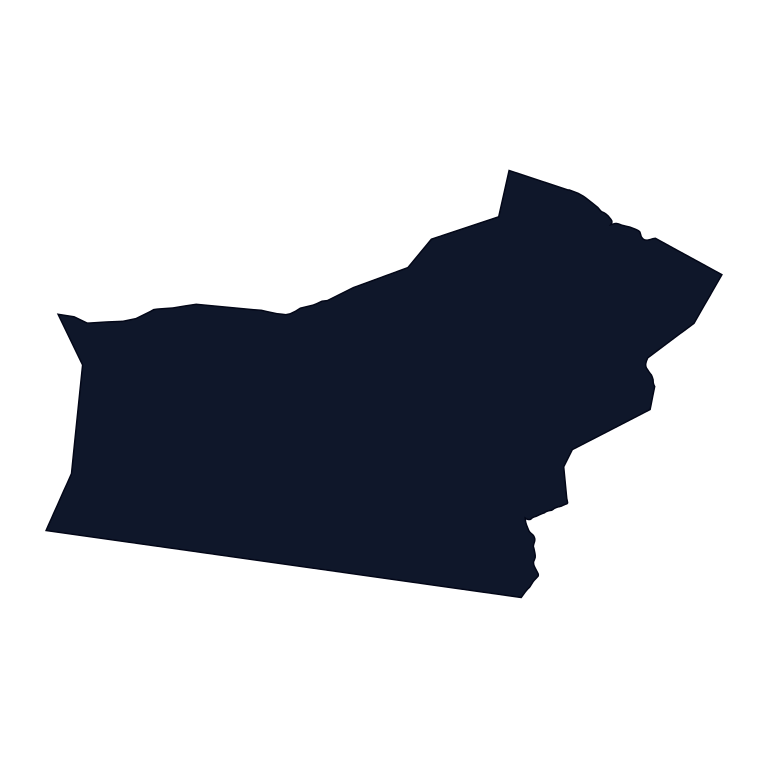 Santmargac, Dzavhan, Mongolia
{"feature_id": "93677404B94621448134169", "entity_name": "Santmargac", "entity_type": "district", "adm_level": 2, "iso_a3": "MNG", "parent_name": "Mongolia", "parent_adm1": "Dzavhan", "projection": "equal_earth", "projection_center": [95.33, 48.6], "detail": "fine", "context": "isolated", "style": "filled", "palette": "ink", "viewbox_px": 768, "rotation_deg": 0, "n_neighbors": 0, "source": "geoboundaries", "source_scale": "gbopen_adm2", "svg_char_len": 3031}
<svg xmlns="http://www.w3.org/2000/svg" viewBox="0 0 768 768"><path d="M721.9,274.7L713.3,270.0L706.2,266.1L678.7,251.1L678.1,250.8L655.4,238.3L653.4,238.6L652.2,238.9L650.5,239.5L649.5,239.7L648.3,240.0L647.2,240.2L645.7,240.1L644.4,239.8L643.1,239.0L642.2,238.0L641.2,236.6L640.6,234.4L640.2,233.1L639.9,232.1L639.5,231.6L638.7,230.9L637.5,230.2L635.6,229.3L632.5,228.1L629.9,227.1L625.5,226.1L623.2,225.5L621.8,225.2L619.6,224.3L618.4,223.9L616.6,223.5L615.5,223.5L614.7,223.6L610.6,224.8L611.5,223.4L611.8,222.7L611.9,222.0L611.9,221.5L611.8,220.9L610.9,219.4L608.1,215.9L605.8,213.9L603.9,212.7L602.5,212.1L601.6,211.7L600.5,210.7L597.8,207.5L595.1,205.3L593.1,203.7L588.8,200.3L585.6,197.8L583.3,196.2L580.8,194.8L578.1,193.3L573.9,191.7L569.4,190.0L568.8,189.9L568.3,190.1L509.1,170.5L498.7,216.8L431.4,239.2L407.9,267.6L353.4,287.6L327.4,300.6L322.0,301.2L316.7,303.7L313.2,305.1L300.3,308.2L295.6,311.2L290.2,313.8L285.8,314.7L281.9,314.2L276.9,313.7L267.0,311.6L261.4,310.3L253.3,309.7L196.2,304.3L185.5,305.9L172.8,308.0L164.0,308.6L157.4,309.1L153.7,309.6L150.4,311.5L143.5,314.9L136.0,318.6L123.0,321.3L106.2,322.0L88.7,323.1L87.2,323.1L74.1,316.8L58.1,314.3L81.5,362.7L81.8,363.2L82.6,365.0L74.6,442.9L73.3,455.7L71.5,473.6L67.3,483.1L63.9,490.5L57.4,505.2L53.4,514.0L51.5,518.4L48.4,525.2L46.1,530.5L521.2,597.5L525.1,592.1L527.5,589.2L529.4,587.4L530.0,586.6L530.8,585.3L533.0,581.8L534.1,580.4L536.3,578.1L537.2,577.1L537.7,576.6L538.1,576.1L538.3,575.4L538.3,574.5L538.1,573.7L535.1,567.9L534.2,566.0L533.8,564.9L533.6,563.6L533.5,562.3L533.6,561.6L533.9,560.9L534.4,559.7L535.0,558.0L535.2,557.2L535.2,555.4L534.9,553.2L533.9,548.4L533.5,547.0L533.3,546.3L533.5,545.3L533.7,544.3L534.3,542.3L534.5,541.8L534.7,540.8L534.8,540.0L534.8,539.0L534.7,538.5L534.6,538.1L534.1,536.8L533.6,535.8L533.1,535.2L532.7,534.7L531.3,533.6L530.6,532.9L529.6,531.9L528.7,530.4L526.6,525.2L525.9,523.0L525.6,521.7L525.4,520.3L525.4,519.6L525.2,518.0L526.4,518.8L526.9,519.1L527.5,519.3L528.3,519.5L529.6,519.5L530.3,519.4L530.8,519.2L531.3,518.6L532.0,518.1L532.5,517.6L533.1,517.4L533.9,517.0L534.8,516.7L535.9,516.4L537.7,515.6L539.3,514.8L542.8,513.3L543.9,513.0L544.6,512.7L545.4,512.0L546.3,511.6L547.5,511.1L548.9,510.7L550.0,510.5L551.4,510.3L552.1,510.0L553.7,508.9L554.2,508.4L555.0,508.1L556.1,507.6L556.9,507.3L558.0,506.9L559.3,506.7L561.4,506.1L563.4,505.1L564.5,504.7L565.2,504.3L566.0,504.1L566.7,503.8L567.0,503.7L567.3,503.3L567.5,503.1L567.6,502.5L566.9,499.1L566.8,498.7L566.7,498.2L566.7,497.9L563.7,466.8L572.3,449.6L612.5,428.9L643.5,412.9L650.1,409.5L650.9,405.6L652.5,397.4L652.6,396.8L654.7,386.5L654.2,385.6L653.8,384.7L653.5,383.7L653.3,383.0L653.2,381.9L653.1,380.6L653.1,379.8L652.5,377.8L652.0,376.4L651.4,375.0L650.3,373.7L648.5,371.2L647.9,370.2L647.3,369.3L646.4,368.0L645.9,366.6L645.7,365.3L645.7,364.0L646.0,362.6L646.4,361.1L647.7,357.9L680.7,333.1L681.4,332.7L694.0,323.3L703.8,306.1L710.7,294.3L710.8,294.0L713.9,288.6L721.9,274.7Z" fill="#0f172a" stroke="#020617" stroke-width="1.5"/></svg>